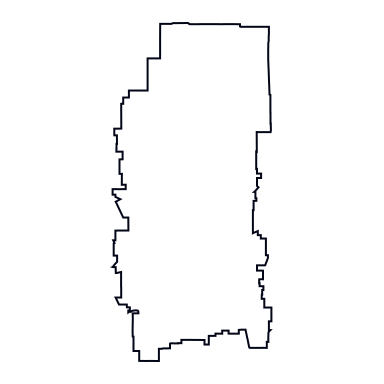 Dowerin, Western Australia, Australia
{"feature_id": "25037944B58207809126055", "entity_name": "Dowerin", "entity_type": "district", "adm_level": 2, "iso_a3": "AUS", "parent_name": "Australia", "parent_adm1": "Western Australia", "projection": "robinson", "projection_center": [117.124, -31.113], "detail": "fine", "context": "isolated", "style": "outline", "palette": "ink", "viewbox_px": 384, "rotation_deg": 0, "n_neighbors": 0, "source": "geoboundaries", "source_scale": "gbopen_adm2", "svg_char_len": 4837}
<svg xmlns="http://www.w3.org/2000/svg" viewBox="0 0 384 384"><path d="M266.8,347.9L266.8,341.9L268.4,341.9L268.4,341.7L268.3,341.1L268.3,339.4L268.3,337.4L268.4,335.1L268.4,333.1L268.4,332.8L268.5,332.5L268.6,332.3L268.7,332.1L268.7,331.9L268.8,331.8L268.9,331.7L269.0,331.6L269.1,331.4L269.4,331.1L270.4,330.1L268.9,330.1L268.9,321.3L271.4,321.3L271.4,307.5L264.3,307.5L264.3,298.8L261.7,298.8L261.8,294.7L262.2,294.7L262.2,290.0L263.4,290.0L263.4,286.2L259.6,286.2L259.6,283.1L259.1,283.1L259.2,279.3L261.9,279.2L263.0,279.3L263.0,278.2L263.0,275.7L263.0,274.5L263.0,273.1L263.0,271.3L263.0,270.8L263.0,270.7L261.8,270.6L259.7,270.6L258.3,270.6L258.1,270.6L257.0,270.6L257.0,265.3L265.1,265.3L265.2,265.2L265.3,264.9L266.3,262.3L267.8,258.3L267.9,258.0L267.9,257.2L267.9,255.2L265.9,255.2L265.9,248.3L265.9,242.4L265.9,238.5L264.1,238.5L261.8,238.5L260.8,238.5L260.8,238.4L260.8,235.1L257.8,235.1L257.8,231.1L256.1,231.8L253.7,232.8L252.9,233.2L252.9,221.7L252.9,210.1L253.6,210.1L253.6,206.0L253.6,204.2L253.6,200.9L256.4,200.8L256.4,198.2L255.4,198.2L255.4,191.9L254.4,191.9L254.2,191.9L254.3,191.8L254.4,191.7L254.6,191.6L254.8,191.4L255.0,191.2L256.2,189.9L256.7,189.4L257.1,188.9L257.4,188.6L257.6,188.4L257.7,188.2L258.5,187.4L257.0,185.9L257.0,178.0L261.1,178.0L261.1,173.6L257.0,173.6L257.0,168.9L256.2,169.0L256.2,151.6L256.8,151.8L256.7,132.0L258.4,132.1L270.6,132.1L270.9,130.3L270.8,125.8L270.8,123.5L270.5,123.5L270.5,121.1L270.5,113.0L270.5,112.6L270.4,112.6L270.4,112.2L270.4,94.9L269.5,94.5L269.6,94.2L269.6,93.8L269.5,93.5L269.0,80.4L268.6,68.9L268.5,67.5L268.3,61.6L268.2,59.2L268.2,53.9L268.2,51.2L268.3,42.9L268.7,40.9L268.7,39.9L268.7,35.7L268.8,35.5L268.9,34.7L268.9,30.0L268.9,26.8L265.9,26.8L258.4,26.8L246.3,26.8L244.6,26.8L240.4,26.8L240.3,26.7L240.2,26.6L240.0,26.4L240.0,24.2L227.0,24.1L224.8,24.1L222.2,24.2L212.9,24.1L206.2,24.1L199.3,24.1L198.9,24.2L190.0,24.2L189.8,24.2L189.6,24.2L189.4,24.1L189.1,24.0L189.0,23.9L188.9,23.8L188.9,23.6L188.7,23.5L188.6,23.3L188.4,23.2L188.2,23.1L187.8,23.0L187.6,23.0L178.1,23.1L173.3,23.1L173.1,23.1L172.9,23.1L172.7,23.2L172.4,23.3L172.2,23.5L171.9,23.6L171.6,23.8L171.4,23.8L171.2,23.9L169.7,23.9L161.6,23.9L160.2,23.9L160.1,37.7L160.1,39.9L160.1,40.1L160.1,58.4L147.6,58.4L147.6,76.8L147.6,84.4L147.6,90.5L137.8,90.5L137.7,90.5L128.9,90.5L128.9,97.5L127.7,97.5L123.2,97.5L123.2,103.8L121.2,103.8L121.2,109.6L121.3,128.6L117.0,128.7L116.9,128.7L114.3,128.7L114.3,129.9L114.3,132.7L114.3,134.5L114.3,135.3L116.9,135.3L117.0,143.9L116.5,143.9L116.5,148.6L116.4,148.6L116.4,151.7L119.2,151.7L121.2,151.7L122.6,151.7L122.6,159.3L119.5,159.4L119.5,168.2L119.5,173.9L120.0,173.9L121.9,173.9L121.8,184.8L125.7,184.7L125.7,185.3L125.7,189.1L118.6,189.2L115.4,189.1L112.6,189.1L112.6,192.2L112.6,192.4L112.6,194.7L115.4,194.7L115.4,196.9L120.3,199.2L115.7,201.8L116.3,202.9L123.2,217.5L128.3,217.5L128.4,230.5L121.6,230.5L115.4,230.6L115.4,233.7L115.4,240.3L113.2,240.3L114.5,243.1L113.7,243.5L113.7,248.2L113.7,248.9L113.7,255.6L117.1,255.6L117.1,261.9L117.0,262.0L115.8,263.2L114.6,264.5L113.7,265.7L113.3,266.2L113.1,266.5L112.8,266.9L112.6,267.0L112.9,267.1L115.7,267.1L115.7,270.3L115.8,270.3L115.8,273.0L117.2,272.9L121.1,272.0L121.1,274.4L121.1,280.5L121.1,287.2L121.2,287.3L121.2,297.5L115.6,297.5L119.0,304.5L123.7,304.5L126.8,304.5L126.9,307.3L129.9,307.4L129.8,310.5L128.3,310.5L128.3,312.4L128.9,311.9L130.2,311.8L130.8,311.8L131.8,310.9L135.5,310.3L136.4,310.4L137.7,310.6L138.0,310.9L138.3,311.3L138.4,313.3L132.7,313.3L132.7,313.6L132.8,318.0L132.8,318.8L132.6,330.4L132.7,336.5L133.5,336.6L133.5,345.4L133.5,351.0L139.2,351.0L139.2,360.9L140.0,360.9L147.1,361.0L147.5,360.9L157.4,361.0L158.9,361.0L158.9,348.8L159.0,348.8L160.0,348.8L161.6,348.8L161.8,348.8L162.0,348.8L162.2,348.7L162.4,348.6L162.7,348.5L162.8,348.4L163.0,348.4L165.5,348.4L166.9,348.4L168.7,348.3L170.0,348.3L170.0,347.7L170.0,346.0L170.0,344.9L170.0,344.1L170.0,343.9L170.0,343.7L170.3,343.4L170.6,343.4L171.3,343.3L172.2,343.3L172.3,343.3L174.8,343.4L178.2,343.4L178.2,343.1L181.4,343.2L181.4,339.9L188.8,339.9L192.6,339.9L204.5,340.0L204.5,344.5L208.8,344.5L208.8,335.9L215.5,335.9L215.5,333.6L222.2,333.7L222.2,330.6L228.6,330.6L228.6,333.6L231.6,333.7L234.9,333.7L235.2,333.7L236.7,333.7L236.8,333.7L238.8,333.7L238.8,329.9L241.0,329.7L242.5,329.7L243.9,329.7L245.4,329.7L245.5,329.7L245.5,329.8L245.8,331.1L246.2,333.0L246.6,334.8L246.8,335.9L247.1,337.3L247.7,339.8L248.1,341.9L248.3,343.0L248.5,344.0L248.7,344.9L248.9,345.9L249.0,346.5L249.1,346.8L249.2,347.1L249.2,347.3L249.3,347.4L249.4,347.7L249.5,347.8L250.4,347.8L250.6,347.9L251.2,347.9L252.5,347.9L253.2,347.9L254.9,347.9L256.3,347.9L257.6,347.9L258.1,347.9L258.3,347.9L258.7,347.9L259.3,347.9L261.0,347.9L262.0,347.9L263.6,347.8L265.0,347.9L266.6,347.9L266.8,347.9Z" fill="none" stroke="#020617" stroke-width="2"/></svg>